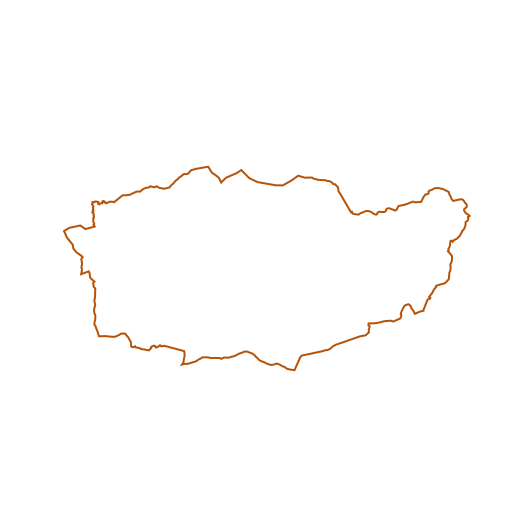 the district of Cicanesti, Arges, Romania, rotated 114°
{"feature_id": "2599482B56570346904834", "entity_name": "Cicanesti", "entity_type": "district", "adm_level": 2, "iso_a3": "ROU", "parent_name": "Romania", "parent_adm1": "Arges", "projection": "mercator", "projection_center": [24.6, 45.264], "detail": "fine", "context": "isolated", "style": "outline", "palette": "amber", "viewbox_px": 512, "rotation_deg": 114, "n_neighbors": 0, "source": "geoboundaries", "source_scale": "gbopen_adm2", "svg_char_len": 5247}
<svg xmlns="http://www.w3.org/2000/svg" viewBox="0 0 512 512"><g transform="rotate(114 256 256)"><path d="M311.3,441.5L316.3,435.9L320.2,428.1L323.5,425.9L325.7,421.4L326.9,415.4L327.5,413.9L329.7,414.4L334.0,411.6L335.7,411.4L338.0,410.5L338.4,409.9L340.0,409.2L343.7,408.3L338.1,402.6L339.5,400.9L342.1,399.5L343.5,398.3L345.1,393.2L347.0,393.8L350.3,391.6L351.1,389.6L358.6,386.5L363.0,385.3L365.9,383.1L370.9,382.1L373.6,380.7L375.6,378.6L378.3,377.5L379.6,377.0L381.8,376.7L384.1,375.9L384.8,375.1L385.3,374.0L386.6,373.1L389.1,370.4L392.4,367.5L393.2,366.7L390.5,361.2L388.6,355.5L387.8,353.2L386.4,351.2L383.6,348.8L381.7,347.6L381.2,346.2L380.4,345.0L380.2,343.6L381.1,342.4L382.2,339.7L383.9,337.5L385.6,335.2L389.4,333.2L389.7,332.2L389.0,330.7L387.7,329.8L388.4,328.7L387.4,324.5L387.7,323.4L387.8,322.9L387.1,321.1L386.6,319.4L386.5,318.4L385.7,315.3L385.0,315.2L382.7,314.3L381.8,314.8L381.6,314.6L380.3,313.7L379.4,312.8L379.3,311.3L380.0,310.9L380.3,310.4L380.2,310.0L379.6,309.3L378.2,308.2L376.6,307.4L376.6,306.9L377.0,306.6L377.1,305.8L375.4,303.4L374.8,299.9L373.2,289.9L372.1,282.9L375.6,280.8L379.5,279.9L382.9,279.0L385.2,279.4L383.7,277.6L382.9,275.8L382.0,274.0L380.6,272.6L376.8,268.2L375.8,267.4L374.1,266.5L372.0,264.7L370.8,264.2L370.1,263.2L368.2,258.9L367.6,255.9L365.5,251.3L364.0,247.7L364.1,246.1L363.5,245.2L362.5,244.7L361.3,243.0L360.3,240.1L359.1,238.6L356.1,234.9L353.1,232.5L351.4,231.1L350.7,230.0L348.3,227.9L347.0,225.7L346.6,219.7L347.4,216.4L348.2,215.0L348.5,213.5L349.6,211.3L350.0,209.3L349.7,205.2L349.9,202.0L349.5,198.1L348.4,196.2L345.7,193.1L345.6,190.9L345.6,189.8L346.0,186.9L345.7,184.9L346.4,182.1L346.1,179.6L344.6,174.4L339.2,174.4L334.8,174.4L330.4,174.4L328.3,173.6L326.1,170.6L324.0,167.6L322.3,165.3L320.6,163.0L316.5,157.3L315.5,156.0L314.0,154.7L313.5,153.4L312.9,152.5L310.7,150.5L307.4,149.1L304.5,146.9L302.1,144.3L298.9,140.8L295.6,137.4L290.9,132.3L287.0,128.2L283.8,123.5L279.8,121.8L277.5,123.0L274.1,123.5L273.8,124.0L273.7,124.9L273.4,125.3L271.8,125.7L270.3,122.5L268.4,118.7L265.8,115.3L263.2,112.0L260.3,106.6L260.0,103.9L255.6,99.9L254.2,98.7L252.4,98.8L250.7,99.3L250.2,100.2L246.9,100.5L241.7,100.2L239.9,99.3L238.0,97.0L238.7,94.5L240.6,92.7L241.7,90.5L244.2,87.3L240.4,83.9L237.9,80.8L237.6,81.0L226.1,81.6L224.2,79.8L223.2,79.8L222.9,81.2L218.1,80.0L214.3,79.8L211.1,78.8L210.6,79.4L210.3,79.3L209.6,79.0L206.7,75.7L205.2,73.7L203.9,72.3L199.1,70.5L197.8,70.7L195.1,71.7L192.8,72.5L189.6,72.7L186.7,73.8L185.1,74.9L183.9,75.1L182.9,74.9L180.9,75.1L178.5,75.9L176.3,77.0L175.0,79.3L173.6,82.6L172.4,82.3L171.9,82.8L171.0,83.2L169.7,82.9L168.2,83.0L167.3,83.2L165.6,83.7L164.2,84.2L163.2,84.4L162.3,83.5L162.3,83.1L163.0,82.1L162.6,82.0L161.1,81.6L159.2,80.1L157.9,79.1L157.7,79.1L156.6,78.9L156.2,78.8L155.4,78.3L155.1,78.1L152.8,77.8L151.0,77.8L149.9,77.6L149.5,77.8L149.0,77.6L146.6,76.9L142.5,77.1L141.2,77.8L139.6,78.3L138.8,77.6L137.2,77.0L135.6,77.2L134.1,78.2L132.8,77.1L132.3,77.3L132.0,78.9L131.8,79.9L131.6,81.6L130.8,83.0L129.9,84.3L129.0,84.8L127.8,84.6L125.9,83.5L124.0,84.0L123.0,84.9L122.6,86.2L120.6,89.4L120.5,91.2L122.2,94.0L125.5,98.3L124.2,100.7L122.9,101.9L122.0,103.0L121.0,104.5L119.1,105.9L119.0,108.3L118.8,111.4L118.9,113.1L119.3,114.7L119.7,117.0L121.5,120.4L123.8,122.1L125.8,124.2L126.9,124.6L128.5,123.9L129.6,124.2L130.8,126.2L133.8,126.9L137.4,127.1L139.5,127.2L140.9,130.0L142.1,131.9L142.4,134.6L145.1,137.4L146.9,139.0L150.1,142.9L152.1,145.8L152.9,146.3L156.4,146.3L157.9,147.3L157.9,148.5L158.1,152.6L158.4,154.3L159.2,155.3L160.1,155.9L160.8,155.9L161.6,155.6L162.7,156.0L163.8,156.9L164.9,159.8L165.4,161.3L166.1,162.1L167.1,162.6L168.5,162.4L169.3,163.0L169.6,164.5L169.6,165.9L169.0,168.0L168.9,169.9L169.3,171.8L170.1,173.6L170.9,174.6L172.6,176.0L173.7,177.3L175.3,178.5L176.4,179.1L177.5,182.2L177.9,184.9L176.6,186.4L177.5,186.9L164.3,205.2L163.4,206.9L161.6,207.8L159.5,209.6L159.3,210.7L158.3,212.9L159.0,214.4L158.0,216.1L157.7,219.6L158.5,221.2L158.5,223.2L161.1,230.1L161.9,234.9L161.6,236.9L164.6,243.3L165.5,250.1L172.3,254.1L180.6,260.2L183.4,266.8L187.9,284.8L187.6,293.8L183.5,304.4L188.1,307.3L196.6,315.2L203.0,317.7L199.6,321.8L198.4,326.6L198.0,329.9L193.9,336.0L197.5,341.4L201.1,346.7L204.2,350.3L207.8,351.2L209.5,352.8L210.3,354.9L210.9,355.5L214.1,357.1L215.4,358.0L217.2,358.7L218.1,358.9L220.0,360.1L221.3,360.5L223.2,360.9L226.0,362.3L228.5,362.9L229.9,364.6L232.1,367.6L233.0,372.0L232.8,375.2L234.5,376.7L235.1,379.3L235.2,380.8L236.9,381.8L238.4,384.1L240.3,385.9L241.8,387.0L244.1,387.8L245.6,391.0L247.2,392.6L251.4,396.2L253.3,399.3L254.9,402.6L263.7,407.1L264.6,407.5L264.7,408.9L265.9,411.7L268.7,414.2L268.6,415.9L268.2,415.8L267.7,417.5L268.4,418.4L269.0,418.4L269.9,417.9L270.3,417.9L270.3,418.4L271.7,419.9L272.5,420.1L272.3,421.0L272.5,421.3L271.9,421.8L270.8,422.0L271.2,424.1L272.0,425.6L272.6,425.6L273.3,427.3L274.7,426.6L275.5,426.9L277.1,424.6L278.0,424.7L279.3,423.9L279.9,423.9L280.4,423.2L280.9,423.5L281.5,422.7L282.4,422.8L282.7,423.1L283.6,421.3L284.3,421.4L285.6,420.2L287.1,419.7L287.3,420.1L290.5,418.8L291.5,418.1L292.3,416.9L293.2,416.7L293.5,417.0L294.7,415.4L300.8,422.8L299.6,429.0L306.3,438.1L311.3,441.5Z" fill="none" stroke="#b45309" stroke-width="2"/></g></svg>